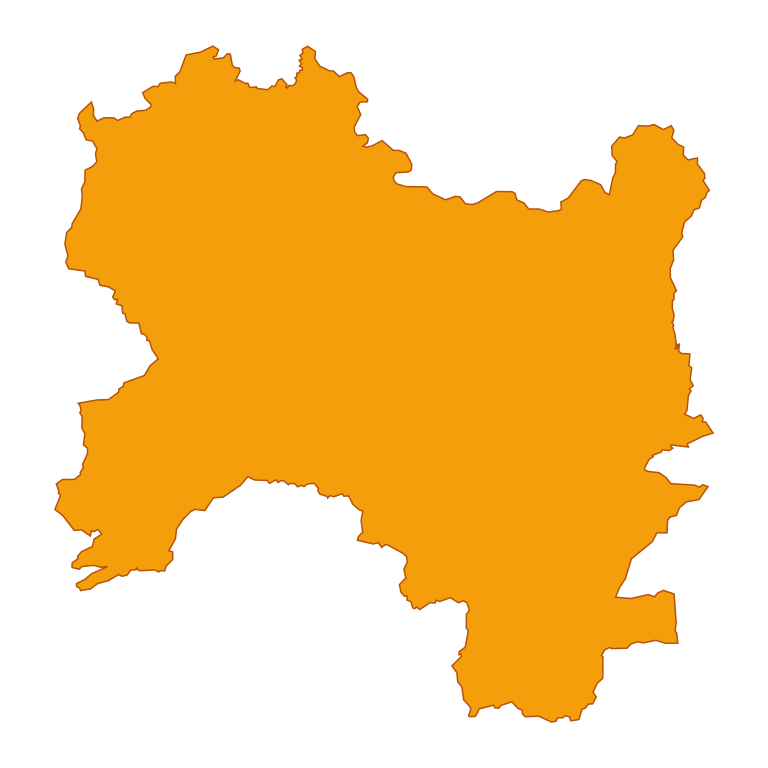 Villa Guerrero, Jalisco, Mexico
{"feature_id": "50627088B81366253066727", "entity_name": "Villa Guerrero", "entity_type": "district", "adm_level": 2, "iso_a3": "MEX", "parent_name": "Mexico", "parent_adm1": "Jalisco", "projection": "albers", "projection_center": [-103.71, 22.019], "detail": "fine", "context": "isolated", "style": "filled", "palette": "amber", "viewbox_px": 768, "rotation_deg": 0, "n_neighbors": 0, "source": "geoboundaries", "source_scale": "gbopen_adm2", "svg_char_len": 5985}
<svg xmlns="http://www.w3.org/2000/svg" viewBox="0 0 768 768"><path d="M399.4,584.6L400.9,592.0L404.3,596.2L407.0,595.9L407.1,600.3L410.9,601.6L412.7,607.7L414.7,608.7L416.8,607.0L419.7,609.6L429.9,602.7L435.1,603.0L436.2,600.2L439.7,601.5L450.3,597.7L458.5,602.7L463.3,600.8L466.8,602.6L469.4,610.1L466.3,614.5L466.3,627.9L468.3,630.8L465.2,647.2L459.3,651.5L459.0,654.6L460.6,653.8L461.4,656.4L451.9,665.9L456.9,672.7L457.7,681.6L461.8,686.9L463.7,699.8L469.9,706.5L470.7,709.3L468.6,715.8L469.8,716.7L475.3,716.3L479.5,708.8L493.5,705.2L495.1,708.0L498.8,708.1L501.3,705.2L511.9,701.9L517.7,708.2L522.0,710.1L522.7,714.3L525.4,716.8L538.6,716.1L551.3,721.9L556.0,721.3L557.6,717.8L562.7,717.8L565.6,715.6L569.7,717.1L570.7,720.8L577.7,719.8L579.0,719.3L582.0,709.4L585.1,708.3L588.3,704.1L592.6,703.9L596.3,697.0L593.1,692.2L597.0,683.5L602.8,678.2L602.9,656.7L601.4,655.6L604.9,649.6L610.0,647.4L611.4,648.6L627.0,648.2L631.0,643.9L637.5,641.8L643.5,642.9L655.9,640.3L665.3,643.2L677.8,643.2L676.8,633.4L675.1,630.5L676.2,623.1L674.1,594.0L663.5,590.4L657.9,592.8L654.6,596.8L648.3,594.6L631.1,598.5L615.6,597.2L619.6,587.5L625.4,578.6L631.4,558.8L652.4,541.6L656.9,532.8L667.0,532.9L667.6,520.2L670.1,517.0L676.5,515.4L679.3,507.9L686.5,501.8L699.0,499.6L708.0,486.6L702.5,484.7L699.8,487.1L694.1,485.1L670.9,483.7L666.5,478.0L659.2,472.7L649.2,471.6L645.3,470.4L644.4,468.4L649.1,459.3L653.2,456.8L652.4,455.4L661.5,452.0L662.2,449.8L669.0,450.6L672.8,448.2L670.8,446.5L671.4,445.0L688.4,447.0L687.2,443.9L703.1,436.1L713.1,433.1L705.7,422.0L702.4,421.7L703.1,418.4L700.7,414.9L693.6,418.4L684.7,414.2L687.0,410.4L688.4,395.3L691.0,391.0L689.2,388.9L693.2,385.8L690.1,379.7L691.7,367.7L688.9,365.6L690.0,354.0L681.1,353.4L678.6,351.0L679.4,344.1L677.7,344.7L677.3,348.4L675.1,348.7L676.4,345.4L675.0,334.3L672.8,327.1L673.7,325.4L671.8,322.1L673.2,321.3L674.1,314.6L672.3,308.9L672.4,301.0L673.9,299.5L674.0,293.2L676.5,290.8L670.4,277.8L670.2,268.6L673.6,260.0L673.0,250.3L682.7,236.9L681.8,232.3L684.6,221.9L691.5,215.9L694.1,209.6L699.4,208.0L701.5,200.2L705.4,197.4L706.8,192.6L709.4,190.4L703.0,180.4L704.8,178.5L704.5,173.6L697.5,164.1L697.4,158.0L688.0,159.9L683.3,155.2L683.6,147.0L678.5,144.8L671.7,137.8L673.9,130.5L671.3,125.7L663.3,129.6L654.1,124.5L648.3,126.1L638.5,125.7L632.6,134.9L624.7,137.9L619.5,137.1L611.7,146.2L612.2,155.6L617.0,161.4L615.6,164.2L615.4,172.9L612.8,177.9L609.3,194.8L604.7,192.2L600.8,184.8L590.8,180.4L584.2,179.6L581.2,180.8L568.3,198.0L560.8,202.0L561.4,209.0L559.2,210.5L548.3,212.1L539.1,209.0L528.7,209.0L523.9,202.9L516.8,199.9L515.0,193.4L512.0,191.7L496.4,191.5L478.1,202.7L472.2,204.6L465.4,203.7L460.0,196.8L455.1,196.4L445.6,199.8L432.9,194.0L426.7,186.9L405.7,186.6L396.7,183.8L393.9,180.5L393.4,176.9L396.0,172.7L408.3,172.0L411.3,170.0L411.8,164.3L406.0,153.2L399.1,150.4L393.3,150.4L382.2,140.6L371.8,146.0L366.2,147.2L362.9,146.2L367.4,142.8L368.4,138.3L365.5,134.7L357.2,135.6L354.6,131.7L354.1,127.2L360.7,114.6L357.2,106.4L360.2,102.0L367.5,101.8L367.5,99.1L358.9,92.0L356.4,87.8L353.8,76.7L351.1,72.8L347.6,72.6L339.3,76.6L333.5,71.1L329.3,70.8L319.8,66.1L314.8,58.8L315.5,51.6L307.7,46.3L302.3,49.2L303.0,53.3L299.9,55.2L302.1,59.2L299.1,60.2L301.5,63.7L299.4,66.3L302.3,67.5L302.5,69.9L299.6,70.3L299.6,72.5L296.8,73.2L296.7,76.9L295.0,77.7L296.7,80.3L295.2,83.8L292.7,85.6L288.4,85.6L287.6,87.9L285.7,87.4L286.9,84.6L281.8,78.7L278.3,80.0L274.9,86.5L271.8,86.0L267.8,89.7L257.8,88.6L256.2,86.9L249.7,87.5L247.9,83.1L245.9,83.7L238.4,79.8L235.4,80.8L240.2,70.9L239.1,68.1L234.8,67.6L232.4,65.4L230.3,54.1L227.2,53.8L223.5,57.8L214.2,59.0L213.2,57.0L216.1,56.2L218.6,49.8L212.8,46.1L200.7,52.1L186.2,54.9L179.7,72.1L175.2,76.4L175.5,83.4L171.2,81.9L160.2,83.3L157.8,86.7L153.1,86.3L142.7,92.6L144.8,98.0L151.1,104.6L150.5,107.0L145.6,110.3L136.8,111.0L131.5,113.8L129.8,117.2L125.2,117.2L117.6,120.4L113.9,117.8L104.0,117.8L96.9,121.1L93.4,115.4L93.7,109.3L91.4,102.0L79.1,113.7L77.7,118.7L80.4,125.8L79.6,128.9L83.2,132.5L86.2,139.9L92.5,141.0L96.9,148.6L95.5,153.9L96.8,161.8L92.6,166.3L85.0,170.3L84.9,181.7L81.5,188.9L82.3,196.7L80.8,209.0L72.1,223.9L71.8,227.1L66.6,232.7L64.9,244.2L68.0,255.9L65.8,262.1L68.7,268.8L84.9,271.0L85.6,276.4L98.3,279.5L99.8,285.2L108.8,287.0L115.3,291.0L112.7,297.0L114.6,299.7L117.5,299.4L116.2,303.9L121.9,305.7L122.7,313.2L125.0,313.9L126.7,321.1L129.4,322.9L138.9,323.1L141.4,333.7L144.6,334.5L146.8,337.2L146.8,340.3L149.5,340.9L152.1,349.5L158.2,358.8L150.0,365.8L144.4,375.5L124.0,382.8L123.2,386.4L119.0,388.9L118.5,392.3L108.4,399.6L96.6,400.0L78.2,403.3L80.1,405.8L81.1,410.7L79.8,412.7L82.1,416.6L81.8,427.7L84.9,433.9L83.4,444.9L87.5,448.2L87.5,453.6L82.4,464.5L83.5,467.4L80.2,472.4L80.6,474.4L74.6,479.4L62.4,479.5L56.3,484.0L58.9,491.0L58.4,493.2L60.6,495.3L54.9,509.4L62.9,515.7L74.3,530.4L81.5,529.8L90.4,536.0L91.3,530.9L94.0,531.6L97.7,529.5L101.9,534.1L94.2,539.0L92.4,546.4L81.6,551.6L77.6,556.2L78.0,558.5L72.1,563.1L72.0,567.5L79.3,569.2L82.1,566.5L93.8,565.4L100.6,567.2L107.7,566.4L91.6,573.8L84.8,579.5L76.4,583.6L76.7,586.7L79.6,588.0L80.5,590.6L90.6,588.9L97.6,583.6L108.2,580.7L118.6,574.6L122.0,576.3L127.2,575.0L130.7,570.1L136.0,569.8L136.4,568.0L139.2,570.7L155.0,570.0L158.6,572.0L160.2,570.6L164.6,570.9L166.2,566.1L172.8,559.4L172.7,551.9L168.8,550.7L175.4,539.0L176.5,529.1L182.9,519.4L190.7,511.5L195.2,509.4L204.8,510.6L213.4,497.8L223.1,497.1L240.6,485.2L247.9,476.7L254.6,480.0L267.4,480.5L269.4,483.4L275.7,479.9L278.2,482.4L280.7,480.6L284.0,481.0L288.4,484.7L290.3,483.3L294.7,483.7L297.6,486.8L301.6,485.3L304.0,486.6L307.5,483.9L314.4,483.4L318.4,488.4L317.8,490.6L319.8,494.1L327.5,496.6L327.7,498.0L329.9,495.6L334.0,496.7L342.2,493.7L343.7,496.2L348.7,496.0L352.7,504.1L359.3,510.0L362.8,510.9L361.1,520.5L362.7,532.0L358.4,536.7L357.5,540.2L373.2,544.0L378.4,542.7L381.6,547.4L385.4,544.6L387.8,545.0L403.6,553.7L406.5,556.8L407.4,561.8L403.9,569.2L405.8,578.0L399.4,584.6Z" fill="#f59e0b" stroke="#b45309" stroke-width="1.5"/></svg>